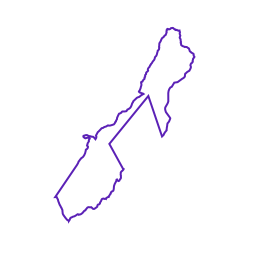 La Poma, Salta, Argentina, rotated 210°
{"feature_id": "61730980B84051306954372", "entity_name": "La Poma", "entity_type": "district", "adm_level": 2, "iso_a3": "ARG", "parent_name": "Argentina", "parent_adm1": "Salta", "projection": "natural_earth1", "projection_center": [-66.198, -24.176], "detail": "fine", "context": "isolated", "style": "outline", "palette": "violet", "viewbox_px": 256, "rotation_deg": 210, "n_neighbors": 0, "source": "geoboundaries", "source_scale": "gbopen_adm2", "svg_char_len": 5880}
<svg xmlns="http://www.w3.org/2000/svg" viewBox="0 0 256 256"><g transform="rotate(210 128 128)"><path d="M140.9,209.8L140.6,209.2L140.4,208.1L139.9,206.5L139.6,204.9L139.7,204.1L139.9,203.7L140.0,203.0L139.9,202.3L139.6,201.5L139.4,200.2L139.8,197.9L139.8,195.9L140.1,194.9L139.9,194.2L140.0,193.8L140.2,193.4L139.9,191.8L140.0,191.4L140.2,190.9L140.3,189.6L140.2,188.9L139.9,188.3L139.3,187.8L139.3,187.5L139.3,186.9L139.6,186.4L139.9,185.3L139.8,184.5L139.5,184.2L139.3,183.7L139.6,182.4L139.3,181.8L138.9,181.2L138.8,180.9L138.8,180.5L139.0,180.1L138.4,179.1L138.3,178.8L138.6,178.0L138.8,176.9L138.8,176.4L138.7,175.8L138.7,175.5L139.2,175.0L139.5,174.5L139.5,174.2L139.1,173.9L139.1,173.5L138.3,172.7L137.7,171.5L137.5,170.4L136.9,168.4L136.9,167.7L136.7,166.9L136.7,166.4L136.8,165.4L136.7,164.9L135.5,164.6L134.7,164.9L134.2,164.9L133.7,164.8L133.2,164.9L132.6,165.3L131.6,165.2L132.9,163.0L133.8,160.6L134.5,159.8L135.0,159.2L135.4,158.6L136.8,153.8L136.6,152.8L136.7,151.4L136.3,149.6L136.2,148.9L136.1,147.3L136.2,146.6L136.6,145.5L137.2,144.3L137.7,143.8L137.8,141.8L139.2,140.6L139.8,140.3L141.0,139.6L141.3,139.2L141.5,138.6L141.4,138.1L141.6,137.6L141.9,137.2L142.0,136.9L142.9,135.9L142.9,134.8L142.8,134.3L142.7,132.7L142.5,131.2L142.0,130.2L142.0,128.3L141.8,127.9L141.7,127.5L142.0,127.1L141.9,125.8L141.8,125.4L142.1,124.0L143.7,122.2L144.9,121.0L145.9,120.4L146.6,120.3L147.0,119.7L147.3,119.1L147.6,118.5L148.9,117.1L149.3,116.5L149.5,115.9L149.8,115.5L150.7,114.6L150.9,113.8L151.1,112.8L151.5,111.2L151.8,110.0L152.1,109.3L152.1,108.7L152.0,108.0L152.0,106.0L151.9,105.3L151.3,105.0L150.9,104.4L150.8,104.0L150.6,103.6L150.6,102.0L152.8,102.8L154.0,102.9L155.0,102.3L156.0,102.2L158.1,101.4L159.8,101.4L160.8,100.9L162.6,99.0L162.4,98.3L161.9,97.9L160.2,97.7L159.7,97.8L159.5,98.0L158.8,98.8L158.1,99.4L156.8,99.9L156.0,100.0L155.8,99.7L155.8,99.3L155.9,98.6L155.8,98.0L155.7,97.5L155.2,96.9L155.2,96.5L155.3,94.6L155.2,94.2L155.0,93.9L154.9,93.0L154.7,92.6L154.7,92.3L154.4,92.1L153.6,92.0L153.3,91.8L152.9,90.8L153.0,89.6L153.1,89.1L153.6,88.3L153.6,87.9L153.2,87.1L152.8,85.6L152.5,84.6L152.4,82.9L152.3,82.6L152.5,80.5L152.9,79.4L153.3,78.8L153.5,77.6L153.7,76.8L153.8,75.2L154.0,74.4L154.0,74.1L153.8,73.4L153.7,72.4L153.7,70.4L156.5,31.8L156.2,32.0L155.8,32.1L155.5,32.4L155.1,32.5L153.9,31.5L153.1,31.2L152.9,31.0L152.4,30.4L151.3,29.3L150.7,29.0L149.7,28.0L148.8,27.5L148.6,27.2L147.2,26.5L146.8,26.1L146.1,25.8L146.0,25.6L145.3,25.3L144.5,24.6L144.2,24.5L143.6,23.9L142.9,22.8L142.4,22.2L141.8,21.3L141.3,20.9L140.7,20.5L139.6,20.0L139.1,19.7L138.2,19.4L137.8,19.1L137.4,19.0L135.6,18.3L134.2,17.9L133.7,18.0L133.3,18.4L132.9,18.3L132.7,18.0L132.6,19.1L132.9,21.0L132.8,21.3L132.5,22.0L132.4,22.0L132.1,22.4L131.4,23.6L131.0,24.0L130.9,24.1L130.2,24.8L129.7,25.7L129.2,26.6L128.7,27.8L128.3,28.3L128.0,28.3L127.2,28.2L126.7,28.9L126.0,29.4L125.4,30.4L124.8,32.1L124.8,32.6L124.6,33.2L124.6,33.7L124.5,34.2L124.1,34.8L123.8,35.3L123.7,35.8L123.9,36.1L123.6,37.1L123.4,38.7L122.8,39.6L120.7,40.6L120.4,41.0L119.4,40.9L118.1,40.5L117.1,40.8L116.6,41.3L116.0,42.8L115.8,43.0L115.4,44.1L115.3,44.4L115.5,44.8L115.5,45.2L115.8,45.8L115.7,46.3L115.6,46.8L114.8,47.5L114.7,47.9L114.6,48.2L114.6,48.8L114.9,49.3L114.9,49.7L114.8,51.1L115.0,52.5L115.1,52.8L115.0,53.5L114.2,54.5L113.3,54.7L112.9,54.8L112.6,55.2L112.2,55.4L111.7,55.5L111.8,55.7L111.8,56.3L111.4,57.2L110.9,58.1L110.5,58.4L110.2,58.6L110.3,59.1L110.5,59.4L110.3,60.1L110.4,61.5L110.4,61.8L110.2,62.3L110.1,62.5L110.6,63.6L110.3,64.9L109.9,65.2L109.4,66.3L109.5,67.0L109.9,68.2L111.1,70.7L111.5,72.7L111.6,75.5L111.6,75.9L111.8,76.9L112.0,77.1L112.1,77.5L111.8,77.9L111.0,77.3L109.7,77.3L109.2,78.0L109.3,79.5L109.1,80.0L109.1,81.0L109.4,81.7L109.8,82.2L110.2,83.1L111.0,83.8L111.3,84.6L111.9,85.5L112.0,85.9L112.0,86.9L111.8,87.4L111.7,87.8L111.5,88.2L111.3,89.0L111.2,89.8L111.4,90.0L111.3,90.6L111.4,91.1L111.6,90.0L136.2,104.9L126.4,165.9L94.3,137.7L93.8,139.5L93.7,140.2L93.9,140.8L93.8,141.7L93.9,142.3L93.4,145.3L93.8,145.8L93.9,146.4L94.4,147.3L95.1,149.3L95.9,151.1L96.1,151.8L95.9,152.7L95.7,154.2L96.1,157.1L96.3,157.6L97.2,158.1L103.1,160.7L104.2,161.7L105.3,162.9L105.9,164.1L106.0,164.7L106.0,168.8L106.1,169.8L106.4,171.2L110.6,178.4L111.4,180.5L111.7,182.4L111.6,184.2L110.7,185.6L110.6,190.4L108.0,192.5L105.7,197.7L104.9,199.1L104.6,200.1L104.5,200.9L104.7,201.5L105.1,202.2L105.6,203.7L105.3,204.2L104.7,206.2L103.5,208.3L103.6,210.6L103.8,211.8L104.4,212.8L105.3,213.5L105.6,214.5L105.6,215.6L105.3,215.9L105.2,216.3L105.0,217.3L105.1,217.9L105.5,218.1L105.6,218.4L105.9,219.8L106.2,220.1L106.2,221.6L105.9,222.2L106.1,222.9L106.4,223.1L106.8,223.2L107.2,223.4L107.7,224.0L108.0,224.7L108.3,224.9L108.5,225.0L110.7,225.0L111.2,225.0L111.7,225.3L112.6,225.3L113.0,225.5L113.7,226.2L114.3,226.7L114.7,227.1L115.1,227.3L115.5,227.4L116.0,227.3L117.6,227.5L119.1,226.8L119.4,226.5L120.4,226.5L121.8,226.2L123.5,226.5L124.5,227.9L125.0,228.1L125.1,229.0L125.8,229.6L126.4,230.5L126.6,230.6L126.8,231.1L127.2,231.4L127.7,231.6L128.2,231.9L128.2,232.1L128.6,232.5L128.7,233.3L128.7,233.5L128.9,234.2L129.7,234.8L130.4,235.5L130.7,236.2L130.9,237.0L131.3,237.2L132.1,238.1L132.5,237.6L133.2,237.6L133.4,237.4L133.7,237.4L134.3,237.3L134.8,237.4L135.3,237.1L135.4,236.8L135.6,236.7L136.1,236.6L136.7,237.0L137.2,236.8L138.1,236.9L138.5,237.1L139.1,237.1L139.4,237.0L139.8,236.6L140.6,236.1L141.0,234.8L141.8,233.9L142.0,233.8L142.8,233.8L143.2,233.7L143.5,233.4L143.5,233.2L143.3,232.7L143.5,232.3L143.2,231.9L143.2,231.4L143.0,231.2L142.8,230.5L142.4,230.2L142.3,229.5L142.1,228.8L142.0,228.0L141.9,227.4L142.2,226.7L142.5,226.4L142.7,224.3L143.2,223.5L143.4,222.8L143.4,221.4L143.1,219.3L143.2,217.3L142.9,216.3L142.4,215.6L141.6,213.6L141.2,213.4L140.9,212.7L140.8,212.3L140.6,212.0L140.5,211.7L140.5,211.1L140.9,209.8Z" fill="none" stroke="#5b21b6" stroke-width="2"/></g></svg>